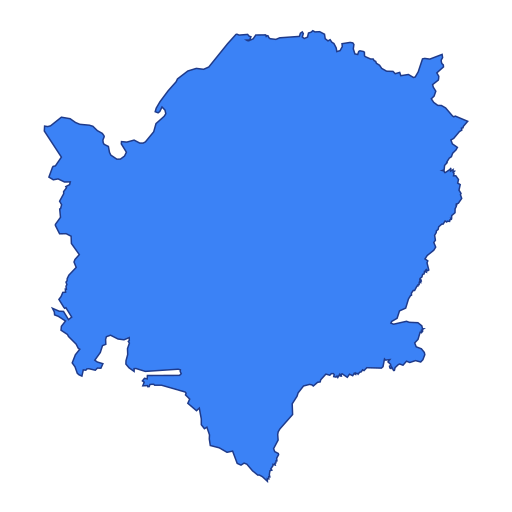 outline of Maria La Baja, Bolívar, Colombia
{"feature_id": "7082276B12407148553897", "entity_name": "Maria La Baja", "entity_type": "district", "adm_level": 2, "iso_a3": "COL", "parent_name": "Colombia", "parent_adm1": "Bolívar", "projection": "robinson", "projection_center": [-75.303, 9.961], "detail": "fine", "context": "isolated", "style": "filled", "palette": "blue", "viewbox_px": 512, "rotation_deg": 0, "n_neighbors": 0, "source": "geoboundaries", "source_scale": "gbopen_adm2", "svg_char_len": 5948}
<svg xmlns="http://www.w3.org/2000/svg" viewBox="0 0 512 512"><path d="M44.6,126.1L44.3,131.0L61.4,157.1L55.4,165.9L53.1,166.4L52.5,167.3L48.9,177.1L53.3,179.8L58.1,178.9L64.5,182.0L70.3,181.9L69.6,184.6L65.8,186.6L66.5,187.8L63.6,191.6L63.7,193.7L59.6,201.2L61.6,204.7L60.6,208.5L59.7,209.0L60.5,217.3L55.4,224.4L55.4,225.5L59.6,233.8L66.2,233.7L71.1,236.2L71.4,243.5L79.3,254.6L75.0,259.4L74.0,262.0L76.2,267.4L68.9,275.1L67.2,278.6L67.1,280.7L66.0,282.1L66.9,284.6L66.0,286.2L66.4,289.2L65.3,289.1L65.6,292.2L62.8,292.4L61.1,296.5L58.9,299.4L63.8,307.3L64.7,308.3L65.9,307.7L71.7,317.1L68.5,319.6L63.5,311.4L59.2,311.2L52.5,308.3L54.3,311.9L54.6,314.9L58.3,316.3L65.5,321.0L61.4,326.3L61.0,330.2L67.5,334.5L68.5,336.5L76.2,344.2L78.2,348.2L79.8,349.2L75.4,354.7L72.2,362.9L75.0,366.8L77.3,373.3L79.0,374.8L81.9,376.1L83.3,369.9L85.8,370.2L86.9,368.9L88.9,368.7L95.3,370.2L97.4,368.1L100.9,368.2L102.9,363.7L97.3,362.0L94.8,360.2L100.3,352.5L102.5,345.6L105.8,344.3L105.6,339.4L106.4,336.7L110.5,335.2L118.0,339.0L124.0,339.8L129.2,337.6L129.3,340.5L128.3,341.4L129.4,343.1L127.5,348.6L127.7,354.5L126.0,360.7L125.9,364.1L129.0,367.8L134.1,371.4L134.1,368.6L136.0,368.5L145.3,371.4L178.2,369.2L180.4,369.8L180.2,371.4L181.2,373.7L179.5,375.4L147.4,375.5L147.2,378.9L144.5,378.3L142.4,380.9L144.2,382.2L142.8,385.8L147.5,385.6L147.8,386.7L149.2,386.6L149.9,384.5L151.5,384.3L153.8,384.3L154.6,385.2L161.5,385.2L185.1,392.0L186.1,393.2L185.5,394.9L189.7,399.1L187.8,403.3L196.5,410.7L199.3,408.1L201.3,419.0L201.3,424.7L204.4,428.7L206.9,427.2L209.5,434.9L209.3,439.0L210.3,445.5L219.2,447.8L227.0,452.3L232.6,451.1L237.2,463.4L241.0,465.1L244.1,463.1L246.9,464.2L252.5,470.8L257.8,475.1L259.3,475.0L262.4,476.7L267.4,481.3L267.3,478.5L268.8,478.9L268.7,476.7L269.8,476.8L269.3,474.7L269.9,470.8L271.8,470.1L270.8,468.9L272.9,465.8L273.0,464.3L275.2,465.0L274.8,463.4L275.8,463.0L276.1,460.8L276.9,460.8L276.7,458.1L278.6,454.7L278.3,453.5L274.7,451.6L273.6,448.6L278.1,440.1L277.7,434.5L278.2,431.8L279.9,428.9L292.6,414.5L292.2,403.8L297.0,396.3L298.1,392.9L303.5,386.0L309.5,384.4L311.8,384.8L313.3,386.0L317.6,382.3L320.2,381.9L320.7,379.8L325.9,374.1L329.8,375.2L331.4,373.6L333.4,373.6L334.2,374.6L333.7,376.6L336.0,377.1L337.0,376.1L337.8,377.5L339.6,374.4L340.3,376.0L341.4,376.1L341.1,374.3L342.1,373.8L347.3,377.3L349.5,374.2L352.7,375.7L354.2,373.3L354.9,374.0L355.3,373.2L355.8,374.0L356.0,373.3L357.7,373.6L358.1,374.2L359.6,372.3L361.3,371.8L362.6,369.8L364.0,370.6L366.8,367.7L381.4,368.1L383.0,366.7L384.5,359.0L385.6,360.1L389.8,359.6L388.0,361.9L390.6,364.3L390.6,365.5L389.5,366.2L389.9,368.0L390.9,368.5L391.6,367.0L393.6,370.5L394.4,370.4L395.1,367.6L398.4,364.5L399.7,364.0L403.0,365.2L406.5,361.2L409.8,362.5L415.5,360.6L420.7,362.0L422.9,359.7L424.8,354.7L424.3,352.4L421.4,348.8L416.2,346.8L414.7,342.9L418.0,339.4L420.1,332.3L421.1,332.6L421.3,331.5L421.7,332.4L422.7,331.1L422.3,329.6L423.5,328.8L422.5,328.8L421.8,325.8L417.9,322.7L409.2,322.3L406.5,321.3L393.6,324.2L390.9,323.1L391.7,321.4L397.1,318.3L399.5,310.9L405.7,308.1L408.5,298.9L410.5,295.6L411.5,295.2L411.4,293.1L413.3,290.4L414.6,290.5L416.9,286.2L418.0,285.9L418.0,284.8L419.1,284.6L419.2,282.7L420.5,282.6L419.5,281.6L419.9,280.6L420.6,280.7L420.2,281.7L421.3,281.1L420.9,279.7L419.8,279.3L420.0,278.5L421.9,277.0L422.6,274.4L424.1,273.9L424.5,271.4L426.3,272.1L425.7,270.2L426.3,269.5L427.6,270.8L428.8,270.0L427.0,262.8L427.8,260.9L425.0,258.9L427.2,255.5L433.8,250.2L435.7,247.1L433.8,242.5L435.4,240.2L434.6,235.3L436.2,232.6L436.4,230.8L438.1,229.5L438.7,226.8L441.8,224.1L443.1,224.1L445.1,221.0L446.7,222.0L447.4,221.2L449.6,221.4L449.9,219.8L451.2,219.4L450.8,218.3L451.6,218.4L451.7,215.6L455.0,212.7L455.1,208.8L456.3,206.4L456.1,205.1L456.8,204.8L456.4,204.0L458.4,203.2L461.7,198.4L460.4,194.7L461.0,193.4L459.0,190.2L460.2,184.6L457.7,183.1L458.5,179.5L455.8,175.8L453.5,175.8L454.0,173.6L453.2,172.6L454.5,171.2L452.7,170.9L453.0,169.7L450.6,171.1L450.8,167.9L450.1,169.4L445.2,172.6L444.6,172.5L444.1,171.0L442.2,170.5L444.1,169.9L444.6,165.4L447.1,162.7L446.7,162.2L449.3,158.1L451.4,156.7L452.6,153.3L456.0,149.9L457.4,147.4L452.4,143.9L450.9,140.0L453.7,138.4L459.4,131.6L461.8,130.1L461.5,128.2L463.0,127.8L463.4,126.3L467.7,121.3L455.3,116.1L453.8,116.8L452.5,116.0L445.6,107.9L441.4,105.5L437.8,105.4L433.7,102.4L431.3,98.8L434.1,96.1L435.8,91.2L433.3,87.2L432.6,84.6L438.3,80.1L438.6,78.9L438.8,76.3L436.8,72.9L443.5,66.9L443.3,64.9L441.8,63.5L441.3,61.5L441.2,60.1L442.6,57.6L442.1,54.4L429.8,59.1L424.7,58.4L422.5,58.9L418.2,71.9L415.2,77.0L413.5,77.5L408.4,74.5L400.8,75.7L399.7,72.4L395.2,73.7L393.0,71.4L386.6,71.2L381.7,68.4L379.5,65.2L376.4,63.3L375.7,61.4L374.1,60.6L373.2,59.0L370.6,59.0L365.2,56.6L364.5,55.8L364.4,52.2L363.4,51.5L359.9,50.8L358.7,51.5L357.7,54.5L354.9,53.9L353.3,48.9L353.9,44.5L352.8,42.9L350.2,42.4L342.0,43.7L342.3,46.6L340.1,50.6L336.8,51.6L336.2,47.9L333.9,43.5L331.8,42.2L330.1,39.7L328.0,40.9L325.2,38.7L324.5,34.2L319.7,31.7L315.0,31.9L312.8,30.7L311.1,32.2L308.5,33.0L307.5,37.1L304.3,38.5L302.3,37.0L303.3,33.6L302.3,31.9L300.4,33.2L299.4,36.4L279.7,37.8L275.9,39.4L270.1,38.7L268.7,37.5L268.2,36.0L267.0,35.6L266.2,36.4L265.6,34.9L255.8,35.0L253.2,38.8L248.7,40.8L247.3,40.6L246.5,40.1L249.7,40.0L250.9,36.7L249.3,36.3L247.6,34.4L239.1,35.1L236.9,34.2L235.9,34.5L227.6,43.7L208.8,67.0L203.6,69.3L196.3,68.4L187.8,71.0L177.5,78.9L176.1,81.8L168.2,90.7L160.0,101.7L156.2,108.2L155.2,111.7L158.1,112.8L159.8,111.5L162.0,107.0L165.0,110.1L165.8,113.7L164.2,116.3L156.0,123.6L153.7,131.8L145.4,141.9L143.1,143.1L139.8,143.1L134.1,140.1L126.8,142.1L121.5,141.6L121.3,143.9L126.4,152.2L124.5,156.1L120.4,159.1L116.9,159.2L110.8,155.1L109.5,152.4L108.4,146.5L104.1,144.3L103.2,142.7L102.9,140.0L104.2,136.7L103.9,135.6L102.3,133.4L97.3,130.6L92.9,126.3L89.4,125.2L79.8,124.3L75.5,122.5L70.1,118.7L61.4,117.2L50.6,125.8L47.7,126.6L44.6,126.1Z" fill="#3b82f6" stroke="#1e3a8a" stroke-width="1.5"/></svg>